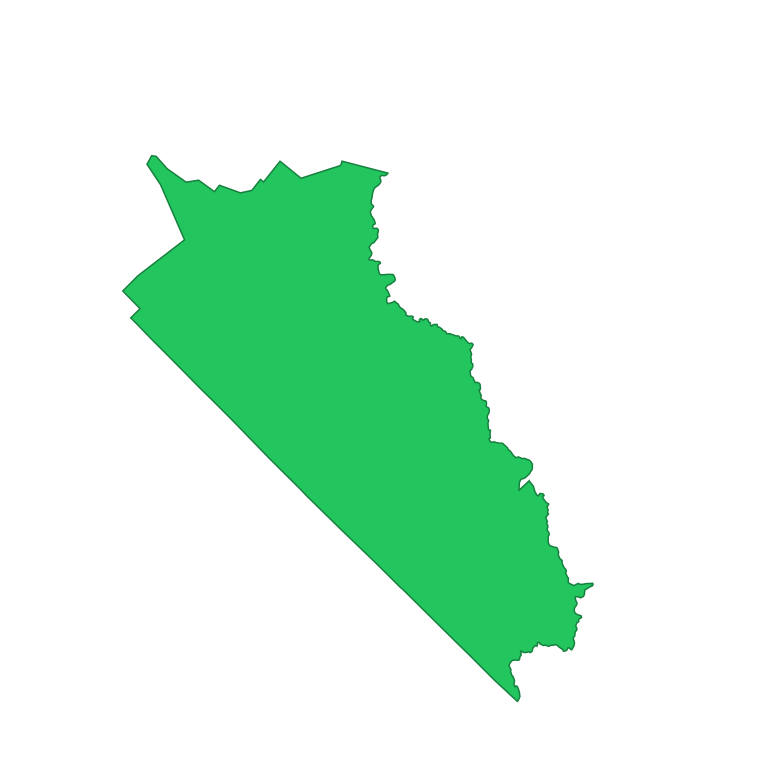 the district of Coos, New Hampshire, United States of America, rotated 138°
{"feature_id": "52423323B57801293190236", "entity_name": "Coos", "entity_type": "district", "adm_level": 2, "iso_a3": "USA", "parent_name": "United States of America", "parent_adm1": "New Hampshire", "projection": "orthographic", "projection_center": [-71.462, 44.696], "detail": "fine", "context": "isolated", "style": "filled", "palette": "green", "viewbox_px": 768, "rotation_deg": 138, "n_neighbors": 0, "source": "geoboundaries", "source_scale": "gbopen_adm2", "svg_char_len": 6024}
<svg xmlns="http://www.w3.org/2000/svg" viewBox="0 0 768 768"><g transform="rotate(138 384 384)"><path d="M340.9,214.9L354.5,214.7L354.0,215.6L349.0,220.4L346.0,221.5L342.3,219.9L335.8,219.9L333.8,220.8L331.9,221.0L330.0,222.2L327.4,225.1L326.8,228.3L327.1,230.3L329.4,234.8L331.1,236.0L332.9,239.9L335.2,240.9L335.7,244.0L335.0,249.9L335.5,252.1L335.2,253.5L334.9,254.1L335.6,260.7L337.8,262.8L339.6,265.1L341.0,267.5L343.4,269.0L343.6,269.5L342.9,272.6L342.4,273.0L341.5,272.7L340.9,272.9L340.4,273.8L338.0,276.5L336.1,278.1L335.9,278.5L336.0,278.9L336.9,279.8L336.7,280.5L332.8,285.5L331.2,286.4L330.6,287.1L330.4,287.6L330.3,289.4L328.2,291.4L326.1,292.0L324.0,293.3L322.6,295.2L322.3,295.7L322.3,296.8L323.0,298.2L323.0,299.0L321.0,300.8L320.3,301.6L319.8,302.5L319.8,303.6L320.5,304.2L321.4,306.1L321.6,307.7L321.6,308.4L321.0,309.3L319.5,310.2L317.8,315.4L317.2,315.8L316.8,315.8L316.7,315.4L315.6,315.8L313.2,318.9L312.7,320.0L312.9,321.3L313.7,323.0L315.1,323.8L315.2,324.8L314.7,325.7L313.6,329.6L314.2,331.3L313.6,332.9L311.4,336.0L311.0,336.3L309.4,336.1L306.1,337.7L304.6,339.7L304.7,340.6L305.0,341.2L304.9,341.6L302.9,343.4L301.7,345.7L300.3,346.8L299.0,347.5L298.0,349.5L298.0,350.5L296.6,352.0L294.4,352.4L291.6,353.4L291.4,353.8L291.3,355.0L291.6,355.8L293.2,356.6L293.9,358.4L293.9,362.0L293.7,363.1L293.7,365.6L294.0,366.3L294.6,367.0L294.9,367.0L296.2,366.2L296.7,366.4L296.8,366.8L296.4,369.0L296.4,369.7L298.4,371.7L301.5,377.5L303.5,379.0L303.7,379.7L303.1,381.4L303.1,381.9L303.3,382.4L303.9,382.9L304.6,384.5L304.1,385.6L304.7,388.7L305.6,390.4L305.4,391.6L304.7,392.6L304.8,392.9L307.1,394.8L308.1,395.2L309.8,395.2L310.2,395.9L310.0,396.6L308.8,398.2L308.8,399.1L309.2,400.3L308.4,402.5L308.4,403.4L309.8,404.9L312.4,405.4L312.5,406.0L312.3,406.8L312.4,407.4L312.8,408.1L314.6,408.2L315.2,407.6L315.6,406.6L316.2,406.4L316.8,407.0L317.8,408.3L319.0,411.5L319.2,412.8L318.9,413.7L317.5,414.1L317.5,415.2L317.7,415.6L320.5,418.0L321.6,420.4L320.1,422.3L319.8,426.1L320.7,430.0L320.8,431.3L320.1,433.3L320.0,434.4L320.6,436.0L320.5,437.4L320.9,438.6L322.5,438.7L325.8,440.2L327.5,441.3L326.9,443.2L326.0,444.4L324.2,446.2L323.2,446.5L322.5,446.2L321.8,445.6L321.0,445.4L320.2,446.7L319.0,450.7L318.8,451.7L319.0,453.5L318.5,454.2L317.2,454.7L314.8,454.9L312.6,453.9L307.0,453.4L306.3,453.7L305.6,454.4L304.7,455.9L304.1,457.9L304.0,458.8L304.5,459.9L307.8,462.9L312.7,466.6L313.5,468.1L313.5,469.0L312.9,470.4L312.0,472.2L309.9,475.4L308.6,476.3L308.1,476.4L305.9,476.1L305.4,476.8L305.5,477.9L306.2,478.9L308.2,480.6L308.5,481.2L308.9,483.0L309.6,484.0L311.7,485.8L311.9,486.2L311.7,486.9L311.3,487.4L308.8,487.7L306.4,488.6L305.0,490.1L304.9,491.3L304.0,494.6L303.4,495.6L299.5,496.7L297.1,495.8L290.7,496.9L288.2,500.1L286.8,500.8L285.7,501.6L285.0,502.7L284.9,503.2L285.0,504.3L285.5,504.9L287.6,506.5L287.8,507.4L286.9,508.7L286.0,509.4L283.3,509.0L282.9,509.4L281.4,512.8L280.7,517.7L279.6,520.1L278.7,521.2L276.9,522.1L273.7,522.6L273.0,522.9L272.7,523.4L273.0,524.4L272.7,526.7L270.5,529.1L268.5,530.3L265.3,533.0L262.0,535.2L259.3,536.0L255.1,535.5L253.1,535.7L251.4,536.2L250.7,536.8L249.9,537.9L248.9,540.3L248.6,540.6L247.9,540.8L246.2,540.5L244.4,538.5L243.7,538.1L241.5,537.7L240.0,538.1L266.1,577.7L269.9,575.4L308.0,592.4L312.2,619.1L338.3,614.7L338.9,618.7L352.7,616.3L362.8,622.1L373.3,641.8L381.3,640.4L385.4,659.5L396.0,666.4L401.1,689.0L401.0,705.7L403.9,709.1L413.1,705.9L416.7,681.6L435.8,624.6L494.4,629.1L515.9,627.9L514.9,603.2L528.0,602.6L527.5,593.5L526.8,572.8L525.7,552.9L523.4,502.0L522.5,487.9L520.9,457.0L519.0,405.1L516.6,362.0L516.3,351.8L513.3,304.2L510.0,258.5L507.9,221.6L507.5,219.0L503.2,144.9L501.9,125.2L500.1,90.1L497.3,58.9L496.7,58.9L495.2,59.4L492.1,60.8L489.4,64.7L488.1,67.7L487.3,70.1L487.6,70.9L487.9,71.3L489.2,71.2L488.6,73.3L487.4,74.9L486.4,75.3L485.3,76.6L483.9,80.1L483.9,82.0L482.2,85.7L480.9,86.6L479.5,91.0L478.7,91.6L476.7,92.3L474.6,92.7L473.4,92.6L470.5,90.5L469.6,89.2L467.9,88.4L466.1,89.9L464.7,90.6L463.9,90.5L462.4,92.0L462.0,93.2L461.5,93.8L461.1,94.0L460.5,93.4L460.4,92.5L460.0,91.3L458.6,89.8L457.0,88.8L455.8,88.3L455.2,86.7L454.6,86.4L452.8,86.3L449.5,88.4L446.2,88.1L445.7,86.8L444.2,87.8L443.4,88.8L442.3,88.8L441.5,87.8L442.1,86.8L440.6,83.2L440.3,82.7L439.1,82.3L437.2,79.0L436.8,78.6L435.0,78.5L432.7,76.3L431.5,76.3L430.6,74.8L430.2,74.1L429.9,71.3L428.8,66.7L429.5,65.5L428.9,64.9L426.7,63.8L424.2,64.7L423.6,64.6L422.8,63.4L422.9,62.5L422.5,61.0L422.2,60.8L417.7,62.5L415.9,63.9L414.5,66.1L413.8,68.0L413.0,68.9L411.0,69.0L409.5,70.3L408.5,71.5L405.7,72.2L404.5,72.8L403.8,74.5L403.7,75.3L402.7,76.5L399.9,77.5L398.5,77.0L397.0,78.5L396.4,78.8L395.8,78.8L393.6,78.2L392.8,79.4L392.7,80.0L393.1,80.9L394.1,82.0L395.1,84.9L395.1,86.2L394.9,87.0L394.2,88.3L392.8,89.7L390.8,90.6L389.4,90.7L387.6,91.5L387.3,91.9L386.5,93.8L386.4,94.7L385.2,96.8L384.6,97.6L384.3,97.7L382.9,96.8L381.9,95.6L381.0,93.5L377.9,92.7L376.3,93.3L372.5,96.5L366.5,95.4L364.4,94.6L363.0,94.9L362.4,95.7L362.4,96.5L362.8,96.9L363.7,96.8L364.4,98.0L367.0,100.1L370.9,102.6L372.4,104.1L372.8,105.0L372.9,105.7L373.1,105.8L375.5,106.6L376.1,106.5L377.7,107.2L379.3,110.8L379.7,112.2L379.7,113.5L376.8,116.4L376.9,117.5L375.6,121.8L374.1,122.7L373.3,123.5L373.1,124.3L372.9,127.5L371.8,131.1L370.7,132.7L369.7,133.6L370.1,136.2L369.9,137.1L368.9,140.3L368.5,140.9L367.7,141.3L366.5,142.5L365.0,146.2L365.5,147.6L366.5,148.5L368.9,152.9L368.7,154.1L368.1,156.0L366.8,157.8L363.7,161.0L361.8,161.6L360.7,163.9L360.8,164.5L360.4,166.3L359.2,167.5L358.1,167.9L357.0,169.3L356.4,171.3L355.6,172.2L354.6,172.4L353.6,175.7L352.1,177.1L350.6,177.0L348.6,177.5L348.5,177.8L348.9,178.2L348.8,178.7L347.8,179.8L346.5,180.2L345.4,182.8L345.4,183.5L342.1,184.4L341.9,184.9L342.8,187.3L342.2,192.8L341.1,194.3L340.3,193.9L339.6,194.1L339.4,194.6L339.4,196.0L341.0,198.0L341.5,198.2L342.4,198.2L343.9,197.6L344.7,198.7L344.7,199.7L343.6,203.7L341.4,208.0L341.0,213.4L341.3,213.8L341.3,214.4L340.9,214.9Z" fill="#22c55e" stroke="#15803d" stroke-width="1.5"/></g></svg>